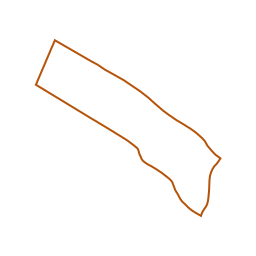 outline of Thamud, Hadramawt, Yemen, rotated 300°
{"feature_id": "15242507B77315063878707", "entity_name": "Thamud", "entity_type": "district", "adm_level": 2, "iso_a3": "YEM", "parent_name": "Yemen", "parent_adm1": "Hadramawt", "projection": "natural_earth1", "projection_center": [49.684, 17.639], "detail": "fine", "context": "isolated", "style": "outline", "palette": "amber", "viewbox_px": 256, "rotation_deg": 300, "n_neighbors": 0, "source": "geoboundaries", "source_scale": "gbopen_adm2", "svg_char_len": 4563}
<svg xmlns="http://www.w3.org/2000/svg" viewBox="0 0 256 256"><g transform="rotate(300 128 128)"><path d="M167.4,20.8L166.9,20.9L165.0,21.1L162.6,21.4L160.2,21.7L157.9,21.9L155.6,22.2L153.6,22.5L151.6,22.7L149.3,23.0L147.4,23.2L144.9,23.5L142.9,23.8L140.2,24.1L137.9,24.4L135.8,24.6L133.4,24.9L131.2,25.2L129.2,25.4L127.0,25.7L125.2,25.9L122.8,26.2L120.9,26.5L119.4,26.6L118.0,88.6L117.9,92.6L117.9,97.1L117.8,99.6L117.7,106.2L117.2,125.0L116.9,133.3L115.9,141.9L115.8,142.5L115.7,142.7L115.6,143.3L115.5,143.6L115.5,143.9L115.4,144.6L115.3,145.4L115.2,145.7L115.1,146.1L114.9,146.7L114.5,147.4L114.1,147.9L113.7,148.3L113.3,148.8L112.8,149.2L112.4,149.6L111.9,150.1L111.5,150.5L111.4,150.6L111.0,151.1L110.7,151.5L110.5,151.8L110.3,152.1L109.9,152.8L109.7,153.0L109.4,153.4L109.3,153.6L109.0,154.0L108.6,154.5L108.3,154.9L108.1,155.1L107.8,155.6L107.6,156.0L107.3,156.9L107.0,157.5L106.9,158.2L106.9,158.5L106.8,158.8L106.8,159.0L106.7,159.6L106.6,160.1L106.6,160.4L106.5,161.2L106.5,162.0L106.5,162.7L106.4,163.4L106.4,164.1L106.5,164.9L106.5,165.3L106.5,165.6L106.5,166.4L106.6,167.1L106.6,167.9L106.5,168.7L106.5,168.9L106.5,169.6L106.5,170.4L106.5,170.8L106.5,171.0L106.5,171.9L106.5,172.0L106.5,172.6L106.4,173.3L106.4,173.5L106.4,174.0L106.4,174.5L106.3,175.4L106.2,176.1L106.2,176.6L106.2,176.8L106.2,177.5L106.1,178.2L106.1,178.9L106.1,179.0L106.0,179.8L106.0,180.1L105.9,180.5L105.9,180.8L105.8,181.2L105.7,181.7L105.7,182.0L105.6,182.7L105.6,183.1L105.5,183.3L105.4,184.0L105.4,184.7L105.3,184.8L105.3,185.1L105.2,185.6L105.1,186.2L105.0,186.9L105.0,187.3L104.9,187.5L104.8,188.2L104.7,188.9L104.7,189.1L104.5,189.7L104.4,190.4L104.3,190.8L104.2,191.1L104.0,191.7L103.7,192.4L103.4,193.1L103.0,193.6L102.8,194.0L102.6,194.2L102.1,194.7L101.6,195.4L101.0,196.1L100.4,196.9L100.2,197.1L100.0,197.5L99.7,197.8L99.3,198.2L98.8,198.8L98.2,199.4L97.9,199.9L97.6,200.5L97.3,200.9L97.2,201.2L96.8,201.8L96.7,201.9L96.5,202.4L96.5,202.5L96.3,202.9L96.1,203.2L95.9,203.5L95.8,203.8L95.6,204.1L95.3,204.6L95.2,204.7L94.9,205.3L94.7,205.6L94.5,205.9L94.1,206.4L93.8,207.0L93.5,207.4L93.4,207.6L93.0,208.3L92.6,208.9L92.4,209.3L92.4,209.5L92.1,210.1L91.8,210.7L91.6,211.4L91.3,211.9L91.2,212.5L91.0,213.4L90.9,214.0L90.7,214.7L90.6,215.3L90.5,215.5L90.4,216.0L90.2,216.6L90.1,217.0L90.0,217.3L90.0,217.5L89.8,218.0L89.7,218.7L89.5,219.2L89.4,219.4L89.3,220.1L89.2,220.7L89.0,221.5L88.9,222.3L88.9,222.7L88.8,223.0L88.7,223.6L88.7,224.2L88.6,224.3L88.5,225.1L88.5,225.3L88.5,225.9L88.5,226.6L88.5,227.3L88.4,227.9L88.4,228.6L88.4,229.3L88.4,229.5L88.4,229.9L88.4,230.3L88.4,230.6L88.4,231.4L88.4,232.2L88.4,233.0L88.4,233.5L88.4,233.9L88.4,234.2L88.4,234.5L88.4,235.2L88.5,235.2L89.0,235.0L89.8,234.8L90.1,234.8L90.4,234.7L90.9,234.6L91.1,234.6L91.7,234.5L92.4,234.5L93.1,234.4L93.4,234.5L93.6,234.5L94.4,234.5L95.0,234.5L95.7,234.5L96.1,234.5L96.3,234.5L96.9,234.6L97.5,234.7L98.0,234.7L98.3,234.8L98.6,234.8L99.2,234.8L99.3,234.8L99.8,234.8L100.1,234.8L100.3,234.7L100.5,234.7L100.9,234.6L101.5,234.6L101.9,234.5L102.1,234.5L102.7,234.3L103.3,234.1L103.9,234.0L104.6,233.8L105.1,233.6L105.8,233.3L106.1,233.2L106.5,233.1L107.0,232.8L107.3,232.7L107.7,232.5L108.3,232.3L108.5,232.2L109.2,231.9L109.7,231.6L109.9,231.6L110.3,231.3L111.1,231.0L111.7,230.7L112.0,230.6L112.3,230.4L112.6,230.3L113.0,230.1L113.6,229.8L114.2,229.5L114.8,229.2L115.6,228.9L115.8,228.8L116.2,228.5L116.5,228.4L116.9,228.2L117.2,228.0L117.7,227.7L118.2,227.5L118.6,227.3L119.3,226.9L119.5,226.8L120.0,226.5L120.6,226.3L120.7,226.2L121.1,225.9L121.7,225.6L122.3,225.3L122.4,225.2L122.9,225.0L123.3,224.8L123.5,224.7L124.1,224.4L124.8,224.1L125.5,223.8L126.2,223.5L126.4,223.4L127.0,223.2L127.7,222.9L128.4,222.8L128.9,222.6L129.6,222.4L130.2,222.3L130.8,222.2L131.4,222.1L132.1,222.0L132.8,221.9L133.2,221.9L133.7,221.8L133.8,221.8L134.8,221.7L135.7,221.8L136.1,221.8L136.5,221.8L136.9,221.8L137.1,221.8L137.7,221.9L138.4,221.9L138.6,222.0L138.9,222.1L139.6,222.3L140.3,222.5L140.9,222.6L141.1,222.6L141.7,222.7L142.1,222.8L142.4,222.8L142.6,222.8L143.1,222.9L143.8,223.0L144.4,223.0L145.0,223.1L145.7,223.1L146.2,223.1L146.6,223.1L147.1,223.1L147.3,223.2L147.5,223.2L148.0,223.2L148.6,217.0L148.9,216.0L150.0,212.3L152.3,205.8L155.0,201.2L155.4,200.1L156.3,197.4L157.5,191.4L157.9,189.5L158.6,183.0L159.0,172.5L159.0,166.8L159.8,156.5L160.4,151.2L160.6,149.6L162.3,140.7L162.5,139.5L164.5,130.1L165.1,125.5L165.8,120.7L167.0,104.2L167.3,100.1L167.2,91.0L167.0,78.8L167.2,75.9L167.6,70.3L167.6,69.7L167.5,64.4L167.4,64.4L167.4,20.8Z" fill="none" stroke="#b45309" stroke-width="2"/></g></svg>